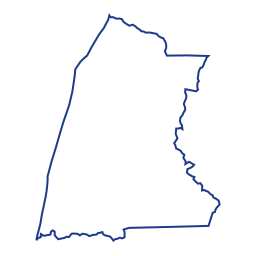 the district of Santa Helena, Paraná, Brazil
{"feature_id": "56859067B88901030092463", "entity_name": "Santa Helena", "entity_type": "district", "adm_level": 2, "iso_a3": "BRA", "parent_name": "Brazil", "parent_adm1": "Paraná", "projection": "orthographic", "projection_center": [-54.285, -24.867], "detail": "fine", "context": "isolated", "style": "outline", "palette": "blue", "viewbox_px": 256, "rotation_deg": 0, "n_neighbors": 0, "source": "geoboundaries", "source_scale": "gbopen_adm2", "svg_char_len": 2259}
<svg xmlns="http://www.w3.org/2000/svg" viewBox="0 0 256 256"><path d="M182.4,129.1L181.9,125.3L180.5,122.9L179.9,121.1L180.5,117.5L182.3,115.5L183.2,113.2L185.2,109.9L185.1,107.4L183.8,103.9L184.8,101.3L186.1,98.5L186.4,95.7L185.1,92.1L185.4,89.2L193.2,90.7L196.1,91.3L198.0,89.6L197.3,87.2L197.5,82.7L198.9,81.1L197.7,78.7L198.2,75.6L198.6,72.2L199.5,69.6L200.5,67.9L202.2,67.5L203.7,64.8L204.5,62.2L205.6,60.3L206.7,57.6L208.3,56.0L187.8,55.4L166.9,55.6L164.9,51.3L166.2,47.9L166.2,45.3L165.8,42.9L164.6,40.6L163.2,38.2L160.9,37.5L158.2,35.8L156.8,33.9L154.7,33.5L150.3,32.6L148.5,32.5L145.9,32.7L143.8,31.6L141.3,31.2L139.5,29.5L136.9,27.9L135.6,26.5L132.8,24.7L129.3,25.7L125.1,23.1L123.2,21.5L122.0,19.2L119.6,18.5L117.8,18.7L115.5,18.4L113.3,17.2L110.6,17.2L109.4,15.4L108.2,19.7L103.8,28.1L99.4,34.0L96.8,38.3L95.8,40.0L91.6,47.1L87.1,55.6L84.1,58.1L80.3,61.9L75.3,69.3L74.7,75.6L74.4,77.8L73.4,84.7L72.4,91.4L69.2,105.0L66.3,113.6L63.3,122.2L60.3,132.2L59.7,134.3L55.7,148.1L51.5,161.7L48.2,174.1L47.6,176.2L47.6,181.2L46.7,190.1L45.6,197.2L44.6,201.5L44.2,203.9L42.0,213.9L41.4,217.4L40.4,223.6L39.1,228.8L37.4,235.0L36.4,240.2L38.2,238.0L40.8,237.1L40.9,234.1L43.9,235.8L50.4,234.6L50.9,231.9L52.6,230.4L54.6,231.5L54.8,235.3L55.9,236.7L58.2,239.2L64.5,237.9L66.4,236.8L69.0,237.1L70.6,234.9L72.0,233.6L75.0,233.6L77.8,233.9L79.8,235.4L82.5,233.7L86.8,234.5L89.3,236.1L93.5,234.8L96.2,234.7L98.0,233.1L99.9,232.8L102.4,232.1L103.0,234.0L104.8,235.3L107.8,236.0L109.9,236.5L111.8,238.4L113.4,240.6L115.3,239.1L117.0,238.9L119.9,237.7L122.2,238.4L124.5,237.3L124.6,234.1L124.5,231.8L123.6,229.5L128.9,227.9L131.5,227.8L170.8,226.9L196.9,226.2L208.5,225.9L212.7,212.7L214.9,212.0L215.6,209.5L216.8,207.5L219.6,204.5L218.7,200.7L216.8,199.2L213.2,197.3L212.7,195.3L210.9,194.5L207.7,191.4L205.9,191.0L204.5,190.0L202.0,190.5L202.3,185.8L200.3,183.2L198.1,183.7L196.0,181.9L193.4,179.2L194.4,177.0L192.2,176.3L188.2,174.0L186.9,172.5L187.5,169.1L190.4,167.9L192.5,166.6L194.1,164.8L189.1,161.8L185.4,164.0L185.8,161.7L183.3,157.7L184.4,154.9L182.0,153.0L181.0,151.1L179.2,149.9L176.2,148.5L175.3,145.2L174.2,143.1L175.6,141.2L177.4,138.2L175.7,133.8L176.2,128.6L178.6,128.5L180.4,127.9L182.4,129.1Z" fill="none" stroke="#1e3a8a" stroke-width="2"/></svg>